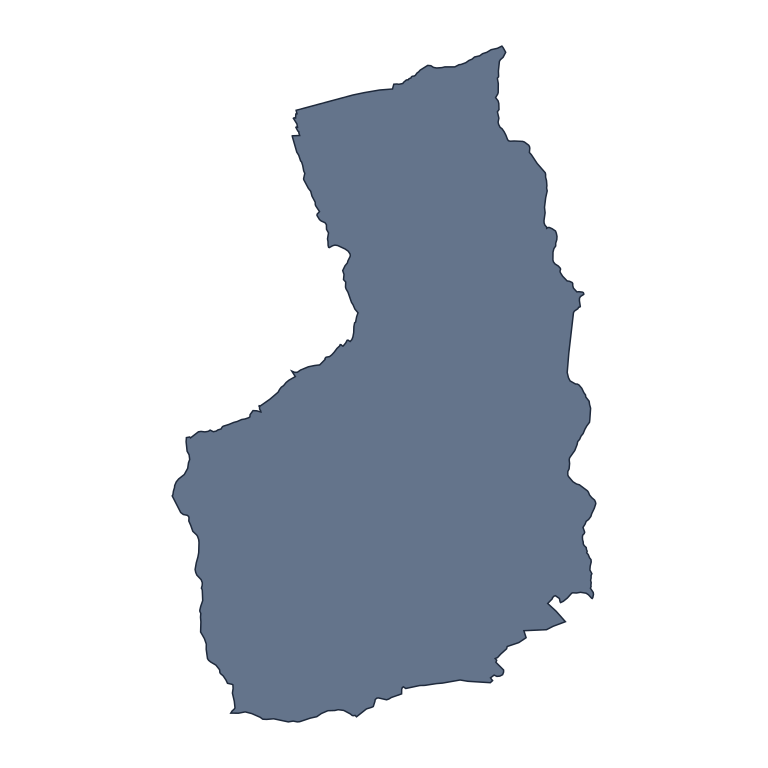 the district of Alunu, Vâlcea, Romania
{"feature_id": "2599482B60597853099448", "entity_name": "Alunu", "entity_type": "district", "adm_level": 2, "iso_a3": "ROU", "parent_name": "Romania", "parent_adm1": "Vâlcea", "projection": "natural_earth1", "projection_center": [23.807, 45.015], "detail": "fine", "context": "isolated", "style": "filled", "palette": "slate", "viewbox_px": 768, "rotation_deg": 0, "n_neighbors": 0, "source": "geoboundaries", "source_scale": "gbopen_adm2", "svg_char_len": 6079}
<svg xmlns="http://www.w3.org/2000/svg" viewBox="0 0 768 768"><path d="M503.6,672.1L503.6,670.0L495.9,662.3L496.7,660.3L495.2,658.5L497.5,657.6L500.7,654.1L506.6,648.8L507.2,646.5L518.8,642.6L526.1,637.7L523.9,630.7L546.5,629.7L553.1,626.3L565.4,621.7L556.1,611.2L547.7,603.5L552.0,599.1L552.4,598.6L552.4,597.8L554.1,596.1L555.4,595.7L559.4,598.5L560.1,601.9L560.6,602.6L563.3,601.3L567.4,598.0L571.6,593.3L572.6,592.8L576.5,593.0L580.5,592.3L586.1,593.2L588.5,594.8L591.6,598.2L592.2,598.5L592.8,597.6L593.5,594.4L593.2,592.4L590.4,588.2L591.1,586.5L590.9,585.4L591.2,582.7L590.6,580.2L591.1,578.1L591.1,575.4L591.9,573.7L589.9,570.0L590.2,566.1L591.2,562.0L591.0,559.6L589.6,557.9L588.2,554.5L586.7,552.8L587.2,551.2L586.5,549.7L586.2,547.5L584.2,545.6L583.3,544.0L583.2,541.9L582.6,539.9L582.4,537.1L582.7,535.2L584.2,533.6L584.7,532.2L583.0,527.4L585.0,524.3L586.2,521.3L588.6,519.5L590.9,516.4L591.7,513.7L594.3,508.3L595.8,503.7L595.5,502.1L594.6,500.1L591.7,497.6L589.6,495.1L588.4,492.2L587.5,490.9L579.4,484.8L576.5,484.0L572.9,481.7L568.5,476.5L567.8,475.0L567.8,471.5L569.1,468.9L569.6,463.6L569.2,459.8L569.6,457.8L574.8,450.5L577.1,444.6L577.7,441.6L579.6,439.4L581.0,436.2L583.1,433.6L584.9,429.3L586.8,425.9L589.5,422.3L589.8,419.8L590.6,408.2L589.6,404.6L589.1,401.2L585.8,397.0L585.5,394.9L583.9,392.7L581.8,388.3L579.0,385.0L577.4,384.1L575.5,384.0L570.1,380.9L568.5,377.8L567.2,372.5L568.8,353.2L573.5,312.6L574.4,311.1L577.9,308.7L578.6,307.3L579.9,307.0L580.3,306.5L579.4,300.6L579.5,298.2L580.5,296.5L583.8,294.3L583.7,293.5L583.3,292.6L582.3,292.1L578.9,291.7L576.9,291.9L573.5,288.2L572.8,285.9L572.7,283.4L572.1,282.5L569.6,281.3L567.1,280.9L562.6,276.2L560.3,272.5L560.0,271.1L560.6,269.1L560.2,268.1L558.3,266.0L555.1,264.0L553.5,262.0L552.9,260.0L553.0,252.1L553.9,248.6L555.7,246.0L555.7,243.2L556.8,239.7L557.0,236.4L556.3,233.1L555.5,231.0L552.1,228.7L549.4,227.5L548.2,227.5L546.7,228.3L546.7,227.2L544.9,225.1L544.1,222.9L544.0,220.5L545.1,212.8L544.5,207.3L545.7,197.7L547.2,190.9L546.6,188.0L546.9,185.7L546.5,180.6L545.6,177.2L545.6,174.2L545.2,172.7L537.2,163.5L531.3,154.6L529.4,152.5L529.8,148.2L529.5,146.6L528.7,145.2L524.4,142.0L522.7,141.4L514.3,141.0L510.2,141.2L508.4,140.7L507.5,139.4L505.9,135.2L504.1,131.7L502.0,128.7L500.1,127.3L498.6,124.4L498.1,122.1L498.9,118.2L497.4,111.8L499.0,109.6L498.8,103.5L498.1,100.9L495.6,97.6L497.8,93.9L498.2,92.4L498.3,83.6L497.4,78.6L497.5,77.9L498.5,76.9L498.6,76.0L498.4,71.1L499.4,61.4L500.4,59.7L503.1,57.3L505.7,52.3L503.2,47.8L501.9,46.1L497.4,48.3L491.1,49.7L486.8,52.3L482.5,53.7L479.7,55.8L474.5,57.0L472.0,59.2L469.0,60.4L465.8,62.7L460.9,64.5L459.0,64.7L454.8,66.9L444.8,66.9L442.0,67.6L436.7,68.0L433.5,67.4L430.9,65.7L427.7,65.4L420.2,70.1L418.6,71.9L417.0,73.0L415.4,75.3L414.3,76.0L412.2,76.3L411.4,76.9L411.0,77.9L409.0,78.7L408.3,79.7L406.3,80.0L403.6,82.3L402.8,83.5L398.8,84.3L397.0,84.0L393.8,84.2L392.5,89.0L379.6,90.0L364.4,92.6L352.9,95.0L296.1,110.3L297.0,113.8L295.8,114.0L295.6,118.0L294.1,117.8L293.4,118.3L296.9,123.9L297.5,127.2L296.2,127.0L295.9,127.4L297.9,131.1L298.9,131.9L298.8,132.8L299.7,135.5L292.3,135.8L292.3,136.5L296.8,152.2L298.7,155.2L300.6,160.9L301.6,162.0L302.7,165.5L303.7,170.9L304.8,173.3L303.6,178.7L303.7,179.6L308.4,188.4L310.7,191.3L312.0,196.2L315.2,202.2L315.3,204.7L315.7,205.8L319.5,211.6L317.1,214.2L317.0,215.5L319.5,219.6L321.2,221.0L325.0,222.7L326.4,224.7L326.5,229.3L328.5,232.9L327.5,238.9L328.0,241.5L328.1,245.3L328.6,247.3L329.3,247.6L332.7,245.7L334.9,245.1L337.6,245.5L345.1,249.0L348.2,251.2L350.0,253.9L350.3,255.3L350.1,256.5L347.9,260.9L347.4,262.9L345.0,265.8L342.7,270.6L344.0,274.5L343.5,279.6L345.7,282.0L345.5,287.1L346.0,288.8L348.0,292.3L351.5,302.4L353.0,304.7L354.9,309.1L358.0,312.8L356.6,316.8L355.6,322.1L354.6,322.8L353.9,326.6L353.7,332.6L352.9,336.9L351.8,339.7L350.1,341.5L348.0,340.1L347.1,340.3L345.8,342.8L343.2,346.0L342.6,346.1L341.0,344.7L340.2,344.6L339.6,346.0L337.0,348.4L334.1,352.3L331.7,354.9L329.5,356.6L326.1,357.2L325.0,358.4L325.1,359.4L319.7,364.9L314.6,365.5L308.3,366.8L300.6,370.0L297.3,372.3L294.6,372.3L291.8,371.1L295.3,376.6L288.9,380.2L286.1,382.5L283.6,385.6L281.3,387.2L279.6,389.4L278.1,392.2L269.9,399.2L260.2,406.0L259.2,405.7L259.0,406.1L259.5,407.0L259.6,409.1L260.7,410.9L260.9,412.0L256.7,410.8L253.0,410.6L250.1,414.6L249.9,416.9L248.7,417.7L244.9,419.0L241.7,419.5L237.2,421.5L233.8,422.4L228.7,424.5L223.2,426.2L222.3,426.9L221.0,429.0L217.9,429.9L216.2,431.1L213.3,431.7L210.1,430.1L208.4,431.3L204.9,431.9L201.0,431.4L198.4,431.8L190.5,437.9L189.7,437.0L186.4,437.6L186.1,441.7L187.1,451.2L189.1,454.8L189.7,459.5L188.5,462.7L187.7,468.3L184.3,474.5L178.7,478.9L176.3,481.8L174.7,485.5L174.5,487.6L173.4,491.2L172.9,494.8L172.2,495.9L180.7,512.5L183.3,514.5L187.3,515.3L188.6,516.5L189.0,517.7L188.8,521.0L190.7,525.3L192.8,531.3L196.6,534.9L197.5,536.2L198.7,539.6L199.0,542.6L198.7,552.7L197.9,557.0L196.3,562.7L195.1,569.5L195.7,572.4L196.9,575.2L201.1,579.6L202.3,582.7L202.2,585.3L201.4,588.2L202.1,589.4L202.3,590.6L202.7,600.6L200.7,606.4L199.8,610.3L199.9,611.5L200.8,613.4L200.5,617.2L200.9,621.9L200.6,632.0L204.4,638.6L206.3,644.1L206.2,649.3L207.5,658.6L208.6,660.3L210.8,662.1L215.9,665.1L219.6,669.8L219.9,672.6L220.5,673.6L223.2,675.9L226.0,680.1L227.5,683.3L232.0,684.3L232.9,684.8L233.1,688.5L232.4,693.1L234.3,701.3L235.0,707.9L234.3,709.0L232.1,711.0L230.8,713.1L238.5,713.2L245.2,711.9L251.8,713.6L260.2,717.3L262.7,719.2L266.6,719.4L273.7,718.8L288.3,721.9L293.2,721.1L297.3,721.9L299.7,721.7L310.4,718.1L316.8,716.7L321.4,713.5L327.9,710.7L334.8,710.5L338.1,709.7L343.7,710.4L350.3,713.9L352.1,715.4L353.1,715.7L355.1,715.4L356.5,716.8L366.5,708.9L371.7,707.3L373.3,706.5L374.9,701.5L375.2,699.6L376.7,698.2L378.3,697.9L386.6,699.8L388.9,699.0L391.3,697.5L401.6,693.9L401.7,689.2L402.3,687.6L403.4,686.8L405.7,688.5L419.9,685.5L424.7,685.4L436.4,683.6L442.5,683.1L460.1,680.0L467.9,681.3L490.3,682.7L492.6,680.6L490.5,677.9L494.1,675.1L496.9,676.4L499.9,676.1L502.6,674.7L503.6,672.1Z" fill="#64748b" stroke="#1e293b" stroke-width="1.5"/></svg>